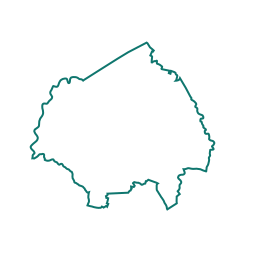 outline of Ca Mau, Cà Mau, Vietnam, rotated 110°
{"feature_id": "81297802B56186863938752", "entity_name": "Ca Mau", "entity_type": "district", "adm_level": 2, "iso_a3": "VNM", "parent_name": "Vietnam", "parent_adm1": "Cà Mau", "projection": "orthographic", "projection_center": [105.22, 9.175], "detail": "fine", "context": "isolated", "style": "outline", "palette": "teal", "viewbox_px": 256, "rotation_deg": 110, "n_neighbors": 0, "source": "geoboundaries", "source_scale": "gbopen_adm2", "svg_char_len": 5834}
<svg xmlns="http://www.w3.org/2000/svg" viewBox="0 0 256 256"><g transform="rotate(110 128 128)"><path d="M191.0,63.2L182.1,56.4L180.2,57.3L175.7,58.8L172.4,56.8L170.4,59.7L168.4,58.9L167.7,58.9L167.0,58.9L166.3,59.1L165.1,59.7L164.4,59.9L163.8,60.0L163.3,59.9L162.0,59.4L161.4,59.3L160.6,59.5L160.1,59.8L159.3,60.8L158.2,63.3L157.8,63.7L157.3,64.1L156.7,64.1L155.7,64.0L155.1,63.7L154.4,63.0L153.7,62.0L153.2,60.7L152.7,59.9L152.1,59.5L151.5,59.3L151.0,59.3L150.3,59.6L147.7,61.7L147.4,60.8L146.8,59.8L145.2,57.8L144.9,56.8L144.6,54.6L144.2,52.9L142.8,49.6L142.0,45.9L142.2,42.6L142.1,40.8L142.1,39.8L141.9,39.7L140.3,40.1L139.5,40.2L138.4,40.6L137.8,40.6L137.3,40.6L135.9,40.3L134.8,40.2L131.3,40.6L130.0,40.9L129.2,41.4L128.5,41.8L127.8,41.8L126.0,41.4L125.6,41.5L124.1,42.4L122.2,42.9L120.5,43.2L120.1,42.7L119.4,41.0L119.1,40.6L118.8,40.4L118.5,40.4L118.2,40.6L117.8,41.0L116.7,42.7L116.4,42.8L114.7,41.9L113.4,41.7L112.8,41.7L112.0,42.1L111.4,43.1L111.2,44.0L111.4,46.2L111.2,47.1L110.8,47.9L110.4,48.1L109.3,48.3L108.2,48.7L107.0,49.4L106.1,50.1L105.9,50.7L106.7,52.4L106.8,53.2L106.5,53.8L105.5,54.5L104.6,54.8L104.1,54.7L103.4,54.2L103.0,54.2L102.6,54.5L101.8,57.1L101.5,57.5L101.1,57.7L100.5,57.7L99.9,58.2L99.2,59.3L98.5,60.0L97.3,60.7L96.9,61.2L97.0,62.1L96.7,62.4L95.5,62.8L94.6,62.8L94.2,62.5L93.9,61.8L93.5,61.0L93.1,60.7L92.6,60.7L91.6,61.2L90.7,62.2L90.5,63.2L90.6,64.4L90.5,65.8L90.3,66.7L89.9,67.4L88.9,68.4L88.0,68.9L86.4,69.3L85.8,69.7L85.4,70.7L85.2,71.8L84.9,72.1L84.2,72.2L83.0,72.0L82.3,72.0L81.6,72.5L80.4,74.7L80.0,76.2L79.8,77.6L79.5,78.3L79.1,78.5L78.4,78.6L78.0,78.8L77.2,80.1L70.6,87.4L63.4,96.2L64.0,96.2L65.5,96.7L66.1,97.4L66.8,98.4L67.2,99.3L66.7,99.1L65.6,99.1L62.8,99.4L61.9,99.6L61.6,99.9L61.3,101.2L61.1,101.4L60.4,102.0L59.9,102.3L59.6,103.6L59.6,106.9L62.5,106.7L62.5,108.4L60.0,108.7L61.1,116.1L61.1,116.5L60.9,116.8L58.9,116.8L58.6,117.0L58.3,117.8L57.7,119.8L57.6,120.8L57.6,122.7L57.3,123.0L56.9,123.2L55.1,123.7L55.0,123.9L55.0,124.1L55.7,124.9L56.1,126.0L57.1,127.1L58.2,127.8L58.2,128.2L57.2,128.6L52.8,129.7L52.4,130.1L52.2,131.8L47.9,131.6L47.8,130.7L46.4,130.3L45.7,132.0L44.7,134.9L41.7,138.7L41.4,139.7L56.7,153.7L66.3,161.4L85.8,176.5L98.4,186.2L98.8,186.4L98.2,187.9L98.2,188.7L98.5,189.7L98.6,190.4L98.5,191.0L98.1,192.3L98.0,193.4L98.1,194.5L98.6,196.1L99.1,197.4L99.4,197.9L100.1,198.7L100.8,199.0L101.6,199.1L102.4,199.0L103.8,198.6L105.1,198.4L105.6,198.5L105.9,198.7L106.1,199.1L106.0,199.6L105.5,200.1L103.0,202.0L102.7,202.9L102.9,203.7L103.2,204.4L104.2,206.0L105.3,207.0L106.4,207.7L107.7,208.0L109.2,208.2L111.3,208.1L112.4,208.2L113.2,208.5L113.7,209.2L114.0,210.5L114.1,212.4L114.4,212.7L117.7,212.9L118.7,213.0L120.0,213.3L120.8,213.3L121.5,213.1L122.4,212.6L124.0,210.6L124.7,209.9L125.9,209.7L126.9,209.9L128.8,210.9L129.8,211.4L132.4,212.1L133.0,212.7L133.6,215.0L134.0,215.7L134.5,216.1L135.2,216.3L135.8,216.3L136.9,216.0L138.6,215.3L140.7,213.9L142.6,213.0L143.7,212.7L145.0,212.7L145.9,212.8L149.2,213.7L150.5,213.7L151.9,213.7L156.0,212.5L157.0,212.4L157.6,212.6L158.5,213.1L161.3,215.0L162.2,215.1L163.2,214.9L164.1,214.1L165.0,213.1L166.2,211.2L167.1,210.1L168.1,209.4L169.1,209.2L170.2,209.2L171.3,209.5L172.3,210.0L175.2,211.7L177.3,212.7L178.3,213.0L179.0,213.0L179.6,212.7L180.2,212.2L180.9,211.2L182.1,208.6L182.8,207.8L183.4,207.3L183.9,207.3L185.6,208.1L186.4,208.2L187.6,207.8L189.2,207.5L189.0,207.1L188.9,206.5L188.8,205.9L188.7,205.7L186.4,203.8L185.0,203.0L183.7,202.5L183.0,202.1L182.7,201.6L182.3,200.5L181.6,199.5L181.4,198.7L181.5,198.0L182.0,197.6L183.9,197.0L184.5,196.6L184.9,196.0L185.2,195.7L185.5,195.6L186.4,195.3L186.5,195.0L186.4,192.7L186.2,192.1L185.8,191.3L185.3,190.5L183.9,189.1L183.4,188.4L183.3,188.1L183.1,187.4L183.2,187.2L184.1,186.2L184.3,185.8L184.5,185.4L184.6,183.4L184.6,183.0L185.7,181.3L185.9,180.8L186.0,180.2L185.9,179.9L185.7,179.7L184.8,179.0L184.5,178.4L184.4,178.1L184.4,177.7L184.6,177.3L184.9,176.8L185.6,176.2L185.9,175.8L186.1,175.4L186.3,174.5L186.4,173.4L186.9,172.5L187.2,171.6L187.3,171.1L187.3,170.6L187.2,170.3L187.2,169.6L187.4,169.1L188.3,167.3L188.4,167.0L188.4,166.0L188.5,165.8L189.1,165.2L190.3,164.3L190.9,164.1L192.6,163.6L194.2,162.8L194.4,162.6L194.7,162.1L196.1,160.6L197.3,159.8L197.5,159.5L197.5,159.1L197.5,158.1L197.5,157.6L198.0,156.2L198.0,155.4L198.6,154.3L198.6,153.7L198.5,153.0L198.5,151.4L198.6,150.5L198.7,150.1L199.3,149.1L199.7,148.1L200.0,147.8L200.4,147.5L200.8,147.1L201.2,146.2L201.9,145.4L202.2,144.8L202.4,144.4L202.5,144.0L202.4,143.6L201.7,142.7L203.0,142.6L203.7,142.4L204.4,142.2L204.8,142.2L206.7,141.6L207.3,141.3L208.2,140.6L209.3,140.0L210.3,139.6L210.7,139.5L211.5,139.5L212.3,139.6L214.6,139.6L214.4,137.0L214.1,135.0L214.0,132.9L213.6,130.3L213.2,128.6L212.4,126.6L211.9,126.1L211.5,125.8L210.8,125.7L210.8,124.8L211.1,123.7L210.3,123.1L209.8,122.6L208.7,121.9L208.7,121.6L209.1,120.7L206.1,120.6L206.0,122.1L204.8,122.1L202.1,122.4L200.8,122.6L200.8,123.5L201.1,124.4L199.6,125.4L198.8,124.7L198.2,124.6L197.9,124.4L197.7,124.3L197.3,124.4L196.7,124.8L188.7,105.6L187.3,105.3L186.4,104.9L186.1,104.4L185.9,104.2L184.6,104.0L183.9,103.9L183.9,104.3L183.4,104.3L182.2,105.0L181.9,105.1L181.6,103.0L181.4,102.4L181.0,102.1L180.3,102.0L180.0,102.0L179.9,102.3L179.6,102.6L178.8,103.4L178.2,104.4L177.9,104.4L177.3,104.0L176.9,103.8L176.7,103.6L176.7,103.4L176.5,101.7L176.3,100.6L176.1,100.1L175.9,99.5L176.0,97.7L176.2,97.0L176.6,96.2L176.6,95.5L175.9,94.7L174.8,93.7L174.3,92.8L172.3,93.0L172.4,92.7L171.7,92.4L170.6,91.7L169.7,91.2L169.7,82.5L169.9,81.0L170.5,81.4L171.3,81.5L171.9,81.5L175.2,80.3L176.3,79.8L176.6,79.5L177.1,78.9L177.9,77.8L179.2,76.2L180.0,75.1L180.9,74.0L181.7,73.0L182.1,72.3L183.8,70.0L184.6,69.1L185.4,68.5L185.9,68.0L187.3,66.1L188.3,65.1L189.0,64.6L190.5,63.8L191.0,63.2Z" fill="none" stroke="#0f766e" stroke-width="2"/></g></svg>